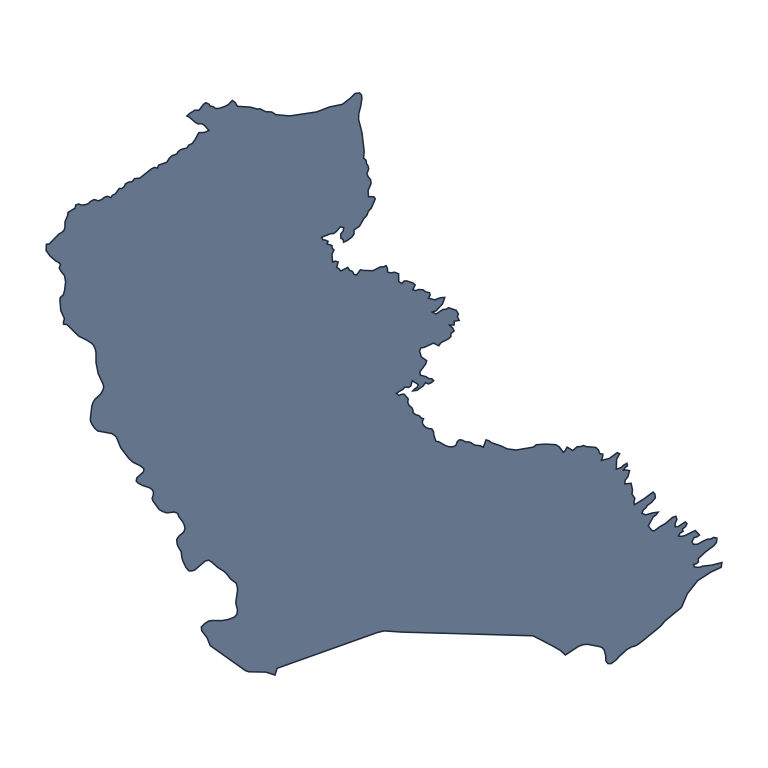 outline of Cuiabá, Mato Grosso, Brazil
{"feature_id": "56859067B53289335762080", "entity_name": "Cuiabá", "entity_type": "district", "adm_level": 2, "iso_a3": "BRA", "parent_name": "Brazil", "parent_adm1": "Mato Grosso", "projection": "albers", "projection_center": [-55.911, -15.41], "detail": "fine", "context": "isolated", "style": "filled", "palette": "slate", "viewbox_px": 768, "rotation_deg": 0, "n_neighbors": 0, "source": "geoboundaries", "source_scale": "gbopen_adm2", "svg_char_len": 6074}
<svg xmlns="http://www.w3.org/2000/svg" viewBox="0 0 768 768"><path d="M63.5,324.2L66.9,324.5L78.8,336.2L86.5,340.0L91.7,343.3L93.5,345.2L95.2,348.8L96.0,352.9L96.0,362.5L98.2,373.7L103.4,384.9L103.6,387.9L102.5,391.0L100.3,394.5L94.8,399.4L92.9,402.7L91.8,406.3L90.4,418.1L90.4,420.7L91.8,424.0L94.8,428.4L97.8,431.0L111.6,433.5L114.4,435.1L116.4,437.2L120.7,447.7L128.8,458.4L132.8,462.1L140.6,466.0L143.9,468.7L143.5,471.8L136.8,477.9L136.2,481.1L138.3,483.2L142.3,485.4L149.4,487.7L152.0,489.5L153.4,491.9L153.3,495.0L152.1,498.3L152.8,500.7L159.1,509.5L162.6,511.5L166.8,512.9L174.3,512.0L177.6,513.4L178.9,516.7L183.0,522.2L184.5,525.8L184.9,528.9L183.8,531.9L178.8,536.3L176.7,539.5L177.1,544.0L178.7,547.7L181.1,551.5L181.9,557.7L182.9,561.1L186.1,567.7L189.0,570.9L191.8,570.9L194.7,570.1L205.2,561.0L208.8,560.2L212.0,562.3L217.7,567.4L223.5,571.0L226.2,573.3L230.8,579.2L236.3,583.3L237.4,587.9L237.5,590.7L235.9,601.2L235.9,603.8L237.5,609.9L236.9,614.1L234.6,617.0L228.5,619.4L221.8,620.6L212.2,620.5L208.8,621.0L205.1,623.3L201.3,627.0L201.7,630.7L207.1,637.8L210.2,645.6L245.4,670.6L248.7,671.8L265.8,672.1L275.0,675.1L277.1,668.3L377.1,632.6L384.2,630.9L402.0,632.1L533.0,635.8L553.3,646.3L560.7,650.7L565.3,655.0L578.5,646.4L583.4,644.6L587.5,644.3L599.4,646.6L602.0,647.5L604.1,649.9L605.6,655.2L605.9,660.9L607.9,663.6L611.0,663.7L616.2,659.9L619.0,656.6L627.0,649.4L631.8,646.8L634.5,646.2L637.8,644.6L641.1,642.1L657.6,628.7L661.1,625.6L665.1,620.8L681.5,607.4L687.3,593.8L697.6,580.7L710.9,572.1L721.2,567.3L721.9,562.5L711.8,565.1L702.4,566.2L699.7,567.3L694.5,567.1L693.5,564.4L696.3,563.7L698.5,561.9L698.0,558.9L705.4,552.0L713.9,545.7L716.5,542.4L717.0,538.1L713.6,537.4L710.6,539.1L707.8,539.1L704.0,540.7L697.4,544.3L693.2,544.3L692.0,541.5L694.0,537.7L697.4,536.7L699.5,535.0L695.3,530.5L684.7,535.6L681.3,536.4L678.5,536.1L680.0,533.2L683.1,531.4L682.4,529.0L685.6,526.6L687.0,523.6L685.3,521.9L678.1,526.6L674.9,526.6L675.4,522.9L676.9,519.3L675.9,516.3L672.6,517.3L665.4,523.5L659.9,526.6L654.1,531.0L651.6,530.2L648.3,525.9L653.2,517.0L655.9,515.1L658.2,512.1L652.6,512.9L645.5,514.9L641.9,513.2L643.4,509.8L646.0,507.8L647.2,505.6L651.5,502.4L655.4,497.9L654.9,494.0L653.0,492.1L643.9,498.9L634.4,504.7L634.0,501.9L634.9,498.3L632.0,494.2L632.5,489.9L631.1,483.3L624.8,483.9L625.1,480.3L627.8,476.9L629.6,470.6L626.1,470.0L623.4,470.2L625.5,467.2L627.5,465.9L626.9,463.3L623.7,465.1L621.3,467.5L616.3,469.2L616.6,459.3L619.7,453.8L617.2,452.6L609.3,458.5L601.4,460.4L602.6,456.9L602.9,454.2L599.9,453.7L598.2,449.6L595.7,447.4L586.2,446.6L583.3,445.5L580.3,446.7L577.2,446.7L572.8,450.5L567.1,447.1L565.2,450.6L563.2,452.2L559.3,446.9L555.9,444.7L545.8,444.1L536.4,444.7L533.4,447.1L516.2,450.0L507.3,448.9L501.2,446.0L491.3,442.6L488.9,440.7L486.0,439.9L483.3,447.3L480.2,445.7L474.5,445.1L471.5,443.0L469.2,442.0L465.6,441.9L462.5,440.2L459.6,439.7L457.3,441.5L455.9,445.4L453.3,446.7L449.4,446.8L445.8,445.8L438.7,441.7L435.9,441.3L433.8,434.8L433.5,431.6L431.8,428.8L428.9,428.6L425.7,427.4L422.7,424.2L422.4,421.1L423.6,418.8L421.2,417.9L419.0,415.6L416.0,414.8L413.2,413.0L412.9,410.0L411.7,407.5L409.0,405.3L407.7,402.1L408.3,399.0L404.1,394.1L401.1,394.4L398.9,395.5L396.4,393.2L402.8,389.4L405.0,387.0L408.5,387.5L410.8,386.0L412.3,380.8L418.3,384.5L417.2,387.2L414.5,389.0L412.9,390.9L417.0,390.3L423.2,385.9L425.6,382.6L428.4,384.0L431.4,382.6L433.7,380.7L431.8,378.7L428.9,378.6L426.0,376.7L420.4,375.1L419.8,371.8L425.7,364.0L426.7,360.7L421.3,356.9L419.6,351.1L420.7,348.0L424.2,347.4L433.5,343.1L438.8,345.8L440.9,342.7L448.2,339.0L450.8,336.8L450.9,333.5L454.1,330.9L452.7,328.0L449.5,325.1L454.1,325.0L454.3,321.2L459.2,320.4L457.4,316.7L458.4,314.0L456.2,310.3L448.6,307.7L446.0,309.3L442.9,309.4L436.1,314.0L432.3,312.1L436.1,310.8L442.6,303.8L444.8,297.4L440.4,297.7L434.9,299.8L431.5,299.0L428.5,298.0L430.2,295.2L429.5,292.7L425.7,291.9L423.1,289.8L418.7,289.5L415.8,290.6L412.8,289.8L415.2,285.0L412.9,282.9L406.7,280.9L404.1,281.0L401.9,283.5L398.8,281.6L398.6,273.8L394.4,272.2L391.0,272.9L387.5,272.1L387.5,268.6L386.2,265.7L383.4,266.8L380.4,266.9L372.9,270.7L363.3,270.4L360.4,269.8L356.6,275.0L354.0,274.4L352.5,271.5L349.6,270.2L347.7,267.4L340.8,271.0L338.8,268.6L336.6,267.3L338.2,262.0L335.5,261.1L332.6,262.0L332.0,254.1L334.0,250.1L332.1,248.2L332.0,245.5L326.9,243.8L328.1,241.4L325.8,240.2L322.8,239.7L321.6,237.3L330.3,233.8L333.7,233.5L336.5,231.4L340.2,226.9L343.7,227.6L343.2,231.0L340.7,234.1L340.9,238.3L343.1,239.5L343.6,242.2L347.0,240.7L351.8,237.1L354.0,234.2L354.0,230.0L359.5,226.2L363.9,218.5L366.8,215.5L368.4,211.3L371.3,208.1L375.3,198.9L373.8,196.7L368.5,196.7L368.1,190.5L371.1,183.4L370.6,179.6L368.6,177.3L366.9,174.0L368.7,168.8L368.1,166.1L366.5,163.5L366.1,160.4L363.6,158.0L364.2,151.4L362.0,132.7L358.6,119.4L358.8,113.3L360.6,106.9L361.9,98.7L361.6,95.2L359.6,92.9L355.2,93.4L350.3,98.2L342.4,104.3L329.7,106.9L316.7,111.9L289.8,115.9L276.0,114.7L271.7,112.0L265.4,111.6L260.1,108.8L257.4,109.1L250.3,107.1L237.4,106.3L235.2,102.5L232.3,100.4L228.2,104.7L224.9,106.4L219.3,108.3L215.7,108.5L212.9,106.5L210.3,106.2L209.0,104.2L205.9,102.7L203.6,104.2L198.9,110.3L195.0,110.1L189.7,113.4L186.9,116.0L189.2,117.1L195.3,122.3L198.0,123.9L201.6,123.7L204.5,125.4L208.9,130.5L204.2,132.5L198.8,132.6L194.8,140.0L192.2,143.5L188.7,145.2L186.9,148.0L181.1,149.4L178.2,151.5L176.8,153.9L171.9,155.8L169.4,158.1L166.8,162.2L158.6,165.1L157.4,168.1L154.7,167.4L151.5,168.8L139.8,178.1L134.6,178.6L132.1,181.7L128.6,182.1L125.5,183.8L124.3,186.5L121.7,188.6L119.3,188.4L115.3,193.9L112.3,195.3L110.9,197.6L107.4,196.3L104.4,197.3L102.2,199.2L98.5,200.9L94.2,199.5L90.6,201.4L88.5,203.5L85.7,204.6L81.7,205.1L78.7,204.0L75.7,205.0L75.2,208.0L68.0,212.4L67.7,215.3L65.0,221.7L64.9,227.3L64.0,230.3L61.8,232.4L58.8,234.1L49.3,243.9L46.4,244.2L46.1,250.5L50.0,256.0L55.9,261.1L58.1,262.1L60.6,264.3L59.2,268.0L61.2,271.6L64.5,275.7L65.6,281.8L64.6,290.4L63.3,294.8L60.3,297.5L59.9,300.1L60.8,310.7L64.5,318.7L63.5,321.5L63.5,324.2Z" fill="#64748b" stroke="#1e293b" stroke-width="1.5"/></svg>